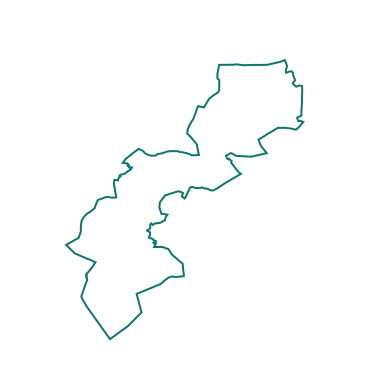 outline of Kware, Sokoto, Nigeria, rotated 70°
{"feature_id": "59680162B33139882700556", "entity_name": "Kware", "entity_type": "district", "adm_level": 2, "iso_a3": "NGA", "parent_name": "Nigeria", "parent_adm1": "Sokoto", "projection": "equal_earth", "projection_center": [5.32, 13.155], "detail": "fine", "context": "isolated", "style": "outline", "palette": "teal", "viewbox_px": 384, "rotation_deg": 70, "n_neighbors": 0, "source": "geoboundaries", "source_scale": "gbopen_adm2", "svg_char_len": 4021}
<svg xmlns="http://www.w3.org/2000/svg" viewBox="0 0 384 384"><g transform="rotate(70 192 192)"><path d="M302.2,319.4L298.3,305.9L296.1,298.1L287.9,280.6L268.8,278.9L267.7,252.6L266.1,249.0L264.4,243.2L264.5,239.7L266.4,236.3L268.3,228.5L266.5,227.8L262.5,227.0L256.3,225.3L244.3,232.1L237.6,233.7L233.4,238.8L231.3,244.9L230.8,246.4L229.4,244.9L228.1,243.5L227.6,244.1L227.6,245.0L226.7,245.5L226.6,243.4L225.8,242.8L224.4,244.7L223.4,244.4L221.6,246.2L220.8,247.7L219.9,248.2L218.0,246.2L216.2,245.3L215.6,245.2L213.0,247.4L212.4,247.0L212.5,244.6L211.0,243.2L209.3,242.9L208.2,242.4L207.6,241.0L209.5,240.2L208.8,237.2L209.5,235.5L209.4,234.7L210.0,233.1L210.0,231.5L209.5,229.7L209.4,228.5L209.3,227.1L208.8,226.9L206.5,225.1L205.8,224.3L204.9,222.9L202.6,226.6L202.4,228.1L195.5,228.0L190.6,225.6L186.2,218.8L186.1,218.2L186.3,211.0L186.6,204.8L188.1,202.5L189.9,200.8L192.8,203.0L195.6,201.1L194.1,199.3L187.1,192.2L187.1,191.2L187.3,190.0L187.7,189.4L188.4,188.6L189.5,187.5L190.5,184.5L191.3,180.9L191.4,180.4L192.4,179.6L192.7,179.3L193.0,178.6L193.3,178.0L193.5,177.6L194.2,176.8L194.6,176.0L195.5,175.0L196.2,174.4L196.9,173.5L197.1,173.2L197.3,172.9L197.4,172.4L197.5,172.1L197.8,171.5L197.2,166.7L194.9,157.6L191.7,139.8L189.5,141.3L187.8,141.9L177.7,145.2L176.4,144.1L173.3,146.0L173.8,146.7L173.2,147.2L172.5,147.6L169.5,147.7L168.7,142.1L170.0,140.8L173.3,138.0L179.1,124.2L181.1,108.5L172.0,111.5L165.6,111.6L163.1,99.9L161.1,89.3L163.6,82.4L166.6,76.6L169.0,73.1L167.5,69.1L164.1,63.5L162.2,65.9L161.7,67.8L158.9,67.9L158.0,67.5L157.7,63.1L153.1,61.4L147.0,58.7L134.5,53.8L131.8,52.9L130.1,52.3L128.6,54.6L128.7,58.0L124.8,60.3L123.6,59.3L122.6,57.2L120.7,56.8L117.9,57.1L114.4,56.4L112.7,57.1L112.0,59.5L112.2,61.3L112.2,62.8L110.1,62.4L106.3,59.7L104.3,59.5L99.7,59.7L99.9,64.3L98.2,78.0L92.6,93.7L91.5,97.2L91.1,98.5L90.6,99.7L90.5,100.1L90.2,100.8L87.2,106.6L86.7,109.2L85.2,113.3L84.0,116.9L81.8,123.0L90.0,127.9L94.2,129.3L96.3,128.1L105.8,131.7L107.3,133.7L108.8,139.7L109.8,143.0L110.4,144.2L114.4,149.2L116.6,151.7L113.4,157.0L122.2,164.4L124.0,166.0L127.6,170.7L131.5,174.5L135.3,176.5L140.7,174.1L148.6,171.2L159.6,172.9L157.5,179.6L156.0,180.9L155.1,181.8L152.4,185.7L151.7,187.0L151.2,187.5L150.4,189.6L148.8,191.4L147.7,194.4L146.7,196.7L146.5,198.0L146.3,198.6L145.8,199.9L145.4,202.4L145.5,203.6L145.4,206.7L145.1,208.8L144.8,210.0L144.6,211.5L145.0,212.7L145.3,213.4L145.2,214.1L144.6,215.8L144.2,217.3L143.5,218.7L141.1,221.5L139.8,222.8L136.8,223.9L134.1,226.5L133.3,227.4L135.5,235.2L136.1,236.3L138.2,243.0L141.0,247.1L142.0,245.2L142.8,243.2L143.8,242.6L144.7,243.3L145.4,243.4L145.7,241.9L146.6,242.2L147.3,242.7L148.0,242.3L148.2,241.5L148.0,240.7L148.4,240.0L149.6,241.5L150.2,242.9L150.4,244.0L150.3,244.6L151.0,246.0L151.3,248.0L151.7,248.4L151.7,248.8L151.7,250.6L151.4,252.7L151.6,253.8L152.0,254.5L152.4,254.3L152.6,253.7L152.9,253.8L153.0,254.1L153.2,254.9L153.7,256.0L154.3,256.6L154.8,256.9L155.8,257.7L155.7,257.8L154.9,259.0L154.5,259.8L154.1,260.7L156.8,262.2L158.3,262.6L159.5,263.1L159.9,263.0L171.2,265.0L170.1,268.8L168.7,271.3L167.9,273.0L167.3,274.4L167.4,277.6L167.3,283.2L172.2,287.7L173.9,289.0L175.7,294.1L176.3,297.2L176.7,298.5L177.7,300.9L179.1,302.9L181.4,305.7L184.0,307.0L187.3,308.6L191.3,310.0L196.3,314.3L198.7,328.4L205.5,325.1L209.7,323.1L212.9,319.6L219.2,313.0L221.2,310.4L223.5,308.5L225.0,306.7L228.7,311.8L232.0,317.2L232.1,317.6L232.2,317.8L232.3,318.1L232.5,318.2L232.8,318.5L232.9,318.9L233.0,319.3L233.1,319.6L233.2,319.8L233.3,319.9L233.5,320.0L233.7,319.8L233.7,319.7L233.9,319.4L234.1,319.4L234.4,319.5L234.5,319.6L235.0,319.6L235.2,319.8L235.4,320.0L235.5,320.2L235.6,320.3L235.6,320.5L235.8,320.6L236.0,320.7L236.5,320.4L236.8,320.2L237.1,320.3L237.3,320.3L237.5,320.4L237.8,320.3L238.0,320.4L238.1,320.5L238.3,320.6L238.5,320.7L238.8,320.6L239.0,320.6L239.1,320.8L239.2,321.0L239.4,321.1L239.7,321.3L240.4,322.0L252.2,331.7L254.6,331.7L263.7,330.1L284.9,324.2L302.2,319.4Z" fill="none" stroke="#0f766e" stroke-width="2"/></g></svg>